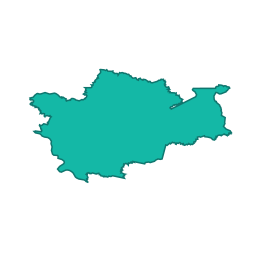 outline of Cáceres, Antioquia, Colombia, rotated 282°
{"feature_id": "7082276B67484439924814", "entity_name": "Cáceres", "entity_type": "district", "adm_level": 2, "iso_a3": "COL", "parent_name": "Colombia", "parent_adm1": "Antioquia", "projection": "equal_earth", "projection_center": [-75.222, 7.654], "detail": "fine", "context": "isolated", "style": "filled", "palette": "teal", "viewbox_px": 256, "rotation_deg": 282, "n_neighbors": 0, "source": "geoboundaries", "source_scale": "gbopen_adm2", "svg_char_len": 5851}
<svg xmlns="http://www.w3.org/2000/svg" viewBox="0 0 256 256"><g transform="rotate(282 128 128)"><path d="M146.5,228.5L147.3,224.3L149.4,221.1L152.5,221.9L153.4,221.4L158.4,220.9L159.7,216.8L162.6,216.6L164.3,215.3L164.9,215.6L167.5,214.4L168.2,213.5L169.4,212.9L171.5,209.0L172.3,208.9L172.4,207.6L174.0,206.3L177.1,205.4L181.1,206.6L181.1,208.1L180.3,210.3L180.8,211.9L183.8,216.4L184.8,216.6L185.3,217.4L187.0,218.0L188.2,219.2L189.1,218.3L188.9,215.9L189.4,215.6L189.5,214.5L189.3,213.5L188.5,212.8L189.2,212.0L189.3,210.2L189.0,207.8L188.1,208.0L187.4,207.4L187.2,206.3L186.2,205.3L185.0,205.4L180.3,183.6L178.8,183.1L178.2,183.8L177.3,186.0L174.7,188.2L172.6,187.7L155.6,166.5L156.0,166.4L156.2,165.1L156.7,164.9L157.7,165.5L158.2,166.9L159.8,167.6L160.3,168.4L160.0,168.9L160.7,169.3L160.5,170.2L161.2,170.6L161.3,172.0L162.7,172.8L162.7,174.3L163.3,174.5L163.9,175.8L164.5,175.7L164.7,174.6L166.2,175.2L167.1,174.7L167.4,175.2L168.1,172.6L170.6,171.1L170.0,170.7L170.4,169.1L170.1,168.2L172.2,167.8L171.8,167.3L172.0,166.2L171.3,161.5L172.0,161.8L172.5,161.5L172.1,159.8L173.6,160.1L173.9,159.0L174.5,160.5L174.7,160.1L175.4,160.1L175.9,159.7L175.5,159.2L176.6,159.0L175.7,157.2L177.2,155.1L177.9,155.2L178.1,155.6L178.6,154.5L180.0,155.3L180.9,154.5L181.1,154.7L181.2,154.3L182.1,154.2L181.7,153.1L183.0,152.5L182.2,150.5L182.5,150.2L181.4,149.5L181.0,148.0L179.8,147.1L177.2,142.3L177.2,140.8L178.1,140.1L178.0,139.0L177.3,138.7L177.5,137.6L177.9,137.5L178.9,135.0L178.8,132.8L177.9,132.7L177.9,132.3L178.6,130.0L179.2,129.6L178.2,128.0L176.9,128.2L177.2,126.6L178.8,125.2L177.7,122.5L178.4,121.1L179.6,119.9L179.2,119.2L180.7,117.5L180.3,116.4L180.9,114.4L180.8,112.9L180.6,112.5L180.1,112.8L180.9,112.0L181.0,110.8L180.2,109.0L180.4,108.3L177.7,107.3L178.7,106.9L179.1,106.0L178.5,103.4L178.9,103.1L179.2,101.7L180.6,101.4L180.0,100.1L179.4,96.4L180.6,95.1L179.6,94.2L179.9,92.5L179.5,88.9L179.3,88.5L177.1,89.7L176.1,89.5L172.9,87.4L171.5,88.2L170.9,87.7L170.6,88.3L170.1,87.3L169.7,87.5L167.8,85.9L167.1,85.8L166.9,86.2L166.1,85.6L165.8,85.9L165.1,84.4L164.9,84.7L162.6,84.8L162.5,83.3L161.8,84.1L160.3,84.0L159.8,83.5L158.5,77.5L157.9,78.7L156.5,78.6L156.2,79.2L154.9,78.3L154.0,79.9L153.5,78.7L151.9,77.3L151.2,79.1L152.0,80.1L151.1,81.1L149.3,80.9L148.1,79.7L147.7,80.0L147.2,79.1L146.4,78.5L146.1,78.0L146.3,77.1L144.4,74.6L144.6,70.7L145.1,70.3L145.4,68.3L145.2,66.9L144.1,66.0L143.2,66.0L143.0,65.6L143.4,65.3L142.4,63.7L142.4,63.1L141.6,62.4L141.8,61.8L143.7,61.3L143.6,60.8L144.7,57.9L144.3,57.0L143.8,57.3L143.6,56.6L144.4,56.3L144.1,55.9L144.2,55.0L145.8,52.6L146.7,50.2L146.8,48.8L144.9,44.3L145.4,39.5L143.2,35.6L142.8,34.1L143.0,32.6L142.6,31.7L140.5,29.9L138.5,29.0L136.9,25.9L136.3,26.5L135.5,26.2L135.2,26.6L135.2,27.3L135.9,28.4L135.2,29.9L134.4,29.7L134.0,30.2L132.6,29.2L132.9,28.2L132.1,28.1L131.6,27.4L130.8,27.5L130.4,28.5L130.9,29.6L130.3,29.5L129.9,30.4L130.2,31.7L129.8,32.3L130.1,33.3L129.6,34.0L129.0,33.5L129.4,35.2L129.3,36.2L128.5,37.0L128.5,36.3L127.5,37.0L127.8,37.3L127.1,37.8L126.8,38.9L126.2,38.6L125.8,39.3L124.3,39.1L124.9,39.7L124.2,40.0L124.4,40.4L123.9,40.9L124.5,41.8L124.6,43.3L122.2,43.6L121.7,44.4L122.5,44.6L123.4,46.4L123.1,47.7L123.8,48.9L123.3,49.0L123.5,49.6L123.0,50.6L122.4,50.0L117.5,49.0L116.8,48.1L116.3,48.1L116.1,49.1L114.5,48.6L114.6,44.7L112.6,43.1L112.3,42.2L112.7,40.9L111.9,40.9L110.9,42.1L109.3,42.8L108.9,43.6L108.2,43.4L107.8,44.1L107.1,44.2L106.3,43.9L105.8,38.1L105.5,38.1L105.1,36.8L104.0,38.4L104.0,42.9L103.4,44.3L102.3,45.6L101.8,48.1L102.0,51.6L101.2,53.7L99.2,55.8L96.6,56.0L93.8,57.7L90.1,57.8L86.8,59.6L86.0,61.0L86.5,64.9L85.6,65.6L83.8,65.8L83.4,70.1L82.2,72.4L80.9,72.9L79.6,72.5L76.2,69.1L73.2,67.6L71.1,70.2L71.0,72.0L73.9,75.9L74.4,77.9L74.3,79.8L73.6,81.9L72.5,83.8L69.2,86.7L68.5,88.0L67.9,90.5L68.1,95.8L67.8,96.9L66.9,98.2L66.5,100.5L67.6,98.5L68.6,98.8L69.2,98.2L69.5,98.9L70.1,98.4L70.5,99.0L71.3,99.1L73.1,97.7L73.9,97.8L74.0,96.7L75.1,97.2L75.1,97.8L75.8,98.1L75.7,98.9L76.1,99.1L75.5,99.9L75.7,100.4L75.5,100.6L75.9,101.3L75.8,101.6L76.7,102.6L76.4,105.9L77.3,108.0L77.1,107.9L77.3,108.3L77.0,109.7L76.4,109.8L76.6,110.3L76.4,110.9L75.6,111.4L75.7,113.5L75.2,114.1L75.4,115.0L75.9,115.0L75.7,116.3L76.1,116.8L75.7,117.9L76.3,119.0L76.9,119.2L77.0,121.4L78.1,122.8L78.1,134.9L79.1,133.9L79.2,133.3L80.1,133.5L80.5,134.4L81.2,134.1L81.1,134.5L81.6,134.6L81.9,134.0L82.2,134.5L82.2,133.4L83.0,130.8L83.3,130.7L83.1,130.5L83.7,130.6L84.2,129.8L84.5,130.2L85.2,130.0L85.2,131.0L85.8,130.7L85.9,131.0L86.1,130.5L86.3,130.9L87.2,130.6L87.5,129.9L88.9,130.9L89.0,131.6L89.5,131.4L90.3,131.9L90.8,131.4L91.1,131.7L91.9,131.5L91.8,132.0L93.0,133.3L92.6,134.1L92.8,134.8L91.8,136.0L93.9,135.8L93.9,137.2L94.8,137.8L94.4,139.2L95.1,139.7L95.4,139.3L95.4,139.9L96.1,140.1L96.0,140.6L96.3,140.3L96.4,151.8L97.8,152.1L99.0,155.2L98.8,156.9L99.4,158.0L101.0,160.9L102.2,161.6L103.9,163.7L104.1,166.3L104.8,167.8L119.3,168.5L119.1,169.8L121.8,172.0L121.3,172.9L123.3,174.4L122.9,175.3L123.4,176.3L123.3,177.0L122.2,177.7L122.0,178.5L123.5,178.9L123.4,180.4L124.6,181.7L124.1,182.6L123.2,182.8L124.3,185.3L123.9,185.6L123.1,185.3L122.9,187.1L124.2,188.6L123.9,189.5L124.4,189.7L124.8,190.8L125.4,190.8L124.6,192.7L124.8,192.9L125.0,192.5L125.4,194.0L125.3,194.5L126.4,195.4L127.0,195.4L127.1,195.8L127.9,195.3L128.5,196.0L128.5,196.8L130.3,197.1L131.0,196.7L131.5,198.6L133.5,197.8L134.4,199.6L134.1,200.7L136.3,204.4L135.4,205.0L135.7,207.5L135.6,211.1L134.2,213.4L134.2,215.1L135.5,216.1L135.8,215.4L136.3,215.5L137.2,216.7L138.1,215.9L138.5,217.1L139.3,217.4L140.1,218.8L139.9,220.6L140.3,220.5L140.4,221.3L142.1,223.3L141.7,223.8L141.9,224.3L141.4,225.7L141.7,226.0L141.3,226.5L141.9,226.5L141.8,227.5L142.5,228.1L143.9,227.6L144.4,228.9L143.7,228.9L143.9,229.9L144.6,229.4L144.9,230.1L146.5,228.5Z" fill="#14b8a6" stroke="#0f766e" stroke-width="1.5"/></g></svg>